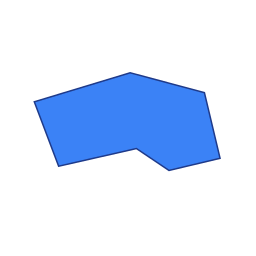 the district of Assuit City, Asyut, Egypt, rotated 112°
{"feature_id": "37247803B89417957828076", "entity_name": "Assuit City", "entity_type": "district", "adm_level": 2, "iso_a3": "EGY", "parent_name": "Egypt", "parent_adm1": "Asyut", "projection": "equal_earth", "projection_center": [31.287, 27.255], "detail": "fine", "context": "isolated", "style": "filled", "palette": "blue", "viewbox_px": 256, "rotation_deg": 112, "n_neighbors": 0, "source": "geoboundaries", "source_scale": "gbopen_adm2", "svg_char_len": 262}
<svg xmlns="http://www.w3.org/2000/svg" viewBox="0 0 256 256"><g transform="rotate(112 128 128)"><path d="M189.4,178.0L143.9,112.5L152.0,74.1L121.6,31.3L66.6,70.4L76.0,146.7L138.8,224.7L189.4,178.0Z" fill="#3b82f6" stroke="#1e3a8a" stroke-width="1.5"/></g></svg>